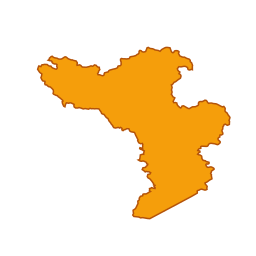 Ataléia, Minas Gerais, Brazil (Equal Earth projection), rotated 100°
{"feature_id": "56859067B60504101034226", "entity_name": "Ataléia", "entity_type": "district", "adm_level": 2, "iso_a3": "BRA", "parent_name": "Brazil", "parent_adm1": "Minas Gerais", "projection": "equal_earth", "projection_center": [-41.183, -18.216], "detail": "fine", "context": "isolated", "style": "filled", "palette": "amber", "viewbox_px": 256, "rotation_deg": 100, "n_neighbors": 0, "source": "geoboundaries", "source_scale": "gbopen_adm2", "svg_char_len": 5706}
<svg xmlns="http://www.w3.org/2000/svg" viewBox="0 0 256 256"><g transform="rotate(100 128 128)"><path d="M118.6,34.7L117.6,33.6L116.6,33.7L114.9,34.8L113.8,35.1L112.9,34.6L111.9,34.6L110.1,34.8L109.3,34.2L108.0,34.0L107.3,32.9L108.1,30.7L107.5,29.6L106.9,28.8L103.7,29.2L102.9,29.9L102.0,29.6L100.1,29.4L99.4,29.8L97.6,31.8L96.0,33.0L95.4,34.3L94.6,35.3L93.5,35.6L92.2,35.6L91.5,35.9L90.1,37.4L90.8,38.6L90.5,40.0L89.1,44.3L88.9,45.5L89.1,48.6L88.9,49.9L89.2,51.6L89.7,53.0L88.9,54.1L87.9,54.9L87.2,55.9L87.3,57.2L87.9,57.8L89.1,59.5L89.4,61.6L90.2,62.7L91.4,63.0L92.2,62.6L93.4,62.8L94.4,64.0L95.3,65.3L96.0,68.3L98.2,70.9L98.3,72.1L96.5,77.1L97.0,78.6L98.4,79.1L99.1,79.5L98.8,80.6L97.3,82.9L96.3,83.7L94.9,84.3L94.7,85.7L95.1,87.3L94.0,88.2L90.2,87.1L89.4,89.3L87.9,90.4L87.3,91.2L85.5,90.8L84.1,91.1L83.2,91.8L80.4,91.6L78.0,92.8L77.4,91.8L74.9,90.5L74.2,89.2L72.1,87.4L69.8,85.0L67.9,84.8L66.9,85.1L66.1,86.0L65.7,87.2L63.9,86.6L63.3,87.9L62.4,89.0L61.1,89.7L58.8,88.6L58.6,86.4L57.5,83.5L57.4,81.8L57.9,80.4L58.5,79.6L59.4,79.4L60.1,78.7L60.2,77.5L59.8,76.6L59.2,75.8L59.4,74.7L56.3,75.3L55.1,75.3L52.6,76.8L51.9,78.2L50.5,78.5L49.6,79.6L49.2,82.3L48.4,84.7L48.7,86.0L48.6,87.2L48.0,89.5L46.0,91.1L45.2,91.2L44.2,90.9L43.6,91.6L43.3,92.9L43.5,94.4L44.1,95.6L45.2,95.9L46.1,96.8L45.8,97.9L45.0,98.7L41.7,100.6L41.8,103.3L42.1,104.7L42.8,105.9L45.0,108.6L45.9,109.1L46.9,109.8L46.4,111.6L46.4,115.1L45.9,116.3L45.7,117.6L45.8,120.0L45.5,121.1L45.1,121.9L45.6,123.1L49.6,123.9L50.1,124.8L50.5,125.9L50.4,127.4L49.6,128.5L49.5,129.7L50.4,130.4L52.4,130.2L53.3,130.7L53.8,131.6L55.3,132.9L56.4,135.1L57.3,137.7L57.9,138.5L58.7,138.5L59.5,139.0L60.3,141.5L60.4,143.2L60.7,144.8L60.7,146.6L61.5,147.3L63.1,147.0L64.2,146.2L65.4,146.1L66.3,145.7L67.4,146.0L68.1,146.6L68.4,147.9L69.0,148.7L70.3,148.7L71.2,149.8L71.8,150.8L72.6,152.8L74.2,156.1L75.0,156.9L76.1,157.2L77.7,160.6L78.7,160.9L79.6,160.8L80.4,161.1L80.9,162.0L80.9,163.3L80.5,165.0L80.7,166.8L79.7,167.4L78.5,166.8L77.2,166.8L75.4,165.9L74.2,166.6L73.2,166.8L73.2,168.3L72.6,169.4L71.8,170.2L71.7,172.0L72.7,172.8L73.4,173.7L73.2,175.2L74.2,176.8L75.4,179.6L75.9,183.4L75.5,184.3L74.6,185.3L74.2,186.6L75.1,189.0L74.1,189.3L73.2,189.1L72.5,189.3L71.0,190.7L70.9,193.4L70.6,194.6L70.8,195.8L70.2,198.9L68.9,201.1L68.8,202.3L69.6,203.3L71.5,205.3L72.0,206.9L72.1,208.5L71.6,209.9L71.6,212.4L71.3,213.8L70.5,215.0L70.9,216.0L73.0,217.6L74.0,217.4L75.1,218.4L75.3,216.8L75.2,215.3L75.7,214.4L76.7,214.1L77.4,213.0L77.7,211.5L77.5,210.1L77.8,209.0L79.9,208.8L80.6,208.2L81.7,208.2L82.5,208.8L82.5,209.9L82.0,212.6L81.4,213.8L80.4,214.7L80.7,216.0L80.2,217.5L79.5,218.7L79.9,221.6L80.4,222.4L80.6,223.6L81.5,224.2L82.6,224.4L82.6,225.5L82.3,226.5L83.1,226.8L85.9,227.2L88.4,224.8L89.1,223.7L89.5,222.4L90.3,222.2L92.0,222.2L93.6,222.5L95.5,221.1L96.4,220.2L96.5,217.9L97.2,217.7L98.1,217.8L99.0,217.6L99.8,217.0L99.7,215.6L100.6,214.3L101.1,213.2L101.1,211.6L102.4,209.6L103.4,208.3L104.7,207.8L105.8,207.7L107.0,207.8L107.6,207.2L108.4,204.3L108.4,203.1L109.3,202.2L110.0,200.6L112.1,197.1L112.8,196.7L113.5,197.4L115.2,196.8L117.7,195.1L118.1,193.8L115.5,193.6L113.9,193.0L113.9,190.7L113.3,189.5L113.2,188.4L114.1,185.2L115.3,185.2L116.6,184.7L117.4,183.1L117.0,180.8L116.4,179.9L116.5,178.1L117.0,175.4L116.3,173.6L116.3,170.1L115.2,168.8L115.4,167.5L115.0,165.8L114.9,164.1L114.5,162.8L114.2,160.0L117.2,157.1L118.3,156.5L118.7,155.2L118.8,154.0L121.1,151.6L121.7,150.7L122.1,149.4L124.3,148.0L126.0,146.0L127.2,145.0L128.3,143.5L129.1,143.1L130.1,142.0L130.2,140.3L129.1,137.7L129.5,136.1L128.7,135.5L129.0,134.5L129.5,133.8L130.5,133.8L131.4,133.2L131.3,132.1L130.4,131.6L129.9,130.2L128.9,129.2L128.6,127.0L130.6,125.8L131.2,124.4L131.2,121.1L132.0,120.2L133.2,119.6L137.9,116.1L138.8,116.3L140.7,114.8L141.3,112.6L140.7,111.2L141.7,110.5L142.4,110.6L143.4,110.3L144.9,110.3L146.0,109.9L145.5,110.9L145.3,112.8L146.3,112.9L146.7,112.1L147.1,109.9L147.6,109.1L147.7,108.0L150.2,108.2L151.2,108.0L151.3,109.2L152.4,111.2L155.0,111.0L157.1,111.1L157.7,112.3L158.3,110.8L158.5,109.2L157.8,107.3L158.0,106.3L158.4,104.6L159.0,103.7L160.0,103.4L160.1,102.3L160.9,102.2L161.9,102.8L162.6,103.5L163.7,103.9L164.6,106.4L166.5,106.8L167.1,105.3L168.3,103.4L167.6,102.6L167.7,101.3L167.5,99.7L168.1,97.9L169.4,98.3L170.3,100.4L172.5,100.6L173.6,99.6L174.4,97.5L176.4,95.1L178.6,93.0L179.6,93.0L179.8,91.5L181.0,92.2L182.1,90.9L182.9,90.9L182.9,92.6L182.6,94.4L183.5,95.3L183.9,96.3L185.0,96.0L186.0,96.0L186.6,94.8L187.5,96.0L189.5,98.3L190.0,99.6L190.1,100.8L190.7,101.8L192.2,101.8L193.1,103.9L195.2,104.8L196.1,104.4L197.0,104.6L198.2,105.6L199.1,105.5L200.4,105.0L205.5,106.4L206.6,107.1L208.1,108.7L210.0,108.2L211.0,107.7L212.9,108.2L214.1,106.9L213.8,102.1L214.0,101.1L214.3,100.1L213.7,97.9L213.7,93.0L213.5,90.8L184.3,53.5L180.1,48.5L179.0,48.6L178.1,49.0L177.3,48.3L176.8,47.1L176.0,46.3L175.4,44.9L175.8,41.4L175.2,40.1L174.6,39.5L173.8,39.9L173.0,40.0L172.1,39.8L171.3,40.3L169.6,42.3L168.7,42.6L167.3,40.6L165.1,38.6L163.5,36.5L161.5,37.2L160.7,37.7L159.7,37.6L158.3,38.8L157.2,38.3L155.9,38.3L153.8,36.1L152.9,36.3L152.3,37.5L151.9,39.1L152.0,40.1L152.8,42.0L152.9,43.1L151.6,44.5L150.7,45.0L149.8,44.6L149.7,43.2L149.2,42.3L148.5,42.0L147.7,42.3L147.4,45.2L146.8,46.2L146.8,48.4L145.2,50.0L143.9,50.2L142.8,50.7L142.1,52.3L142.1,53.8L141.7,54.9L140.0,53.9L139.2,52.9L138.3,53.2L138.1,54.1L138.1,55.4L137.1,55.1L136.0,54.3L135.4,52.8L133.7,53.1L133.1,52.2L132.5,47.5L132.1,46.6L131.4,46.1L130.4,45.9L129.5,45.3L128.9,44.5L128.6,43.2L128.5,39.6L128.9,37.2L128.4,36.1L126.5,34.7L125.4,34.9L124.0,37.1L123.1,37.5L122.3,37.4L121.6,36.9L120.9,36.0L119.7,36.3L118.9,36.2L118.6,34.7Z" fill="#f59e0b" stroke="#b45309" stroke-width="1.5"/></g></svg>